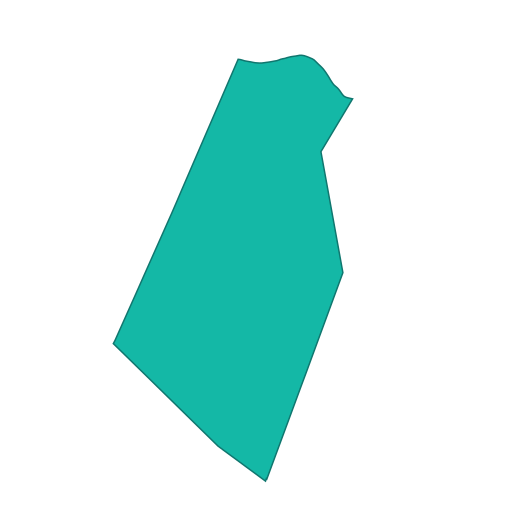 outline of General Belgrano, La Rioja, Argentina, rotated 113°
{"feature_id": "61730980B43723065760012", "entity_name": "General Belgrano", "entity_type": "district", "adm_level": 2, "iso_a3": "ARG", "parent_name": "Argentina", "parent_adm1": "La Rioja", "projection": "albers", "projection_center": [-66.207, -30.562], "detail": "fine", "context": "isolated", "style": "filled", "palette": "teal", "viewbox_px": 512, "rotation_deg": 113, "n_neighbors": 0, "source": "geoboundaries", "source_scale": "gbopen_adm2", "svg_char_len": 1141}
<svg xmlns="http://www.w3.org/2000/svg" viewBox="0 0 512 512"><g transform="rotate(113 256 256)"><path d="M392.4,353.1L411.6,303.9L415.1,295.0L445.9,216.5L459.5,159.3L456.9,159.5L457.1,158.9L421.4,160.6L421.2,160.6L389.5,162.1L356.3,163.7L344.8,164.2L237.4,169.5L185.3,203.7L176.0,209.8L134.6,237.0L73.6,228.5L74.4,232.8L74.7,234.9L74.6,237.1L73.8,239.1L72.7,241.0L71.5,242.8L70.4,244.7L69.5,246.6L68.8,248.7L68.2,250.7L67.2,252.7L66.0,254.5L64.8,256.3L63.5,258.0L62.2,259.8L61.0,261.6L59.8,263.4L58.7,265.2L57.6,267.1L56.7,269.1L55.9,271.1L55.2,273.1L54.4,275.1L53.6,277.1L52.8,279.2L52.5,281.3L52.5,283.5L52.5,285.7L52.6,287.8L52.8,290.0L53.3,292.1L54.1,294.1L55.3,295.9L56.5,297.7L57.6,299.6L58.7,301.4L60.0,303.2L61.3,304.9L62.7,306.5L63.9,308.3L65.2,310.1L66.7,311.6L68.1,313.2L69.3,315.1L70.5,316.9L71.7,318.7L72.8,320.5L73.9,322.4L75.0,324.2L76.1,326.1L77.0,328.1L77.7,330.1L78.4,332.2L78.9,334.3L79.3,336.4L79.8,338.5L80.3,340.6L80.8,342.8L81.0,344.9L81.3,347.1L81.9,349.3L225.3,350.2L236.3,350.2L249.8,350.3L311.6,351.4L317.6,351.5L337.2,351.8L388.9,352.8L392.4,353.1Z" fill="#14b8a6" stroke="#0f766e" stroke-width="1.5"/></g></svg>